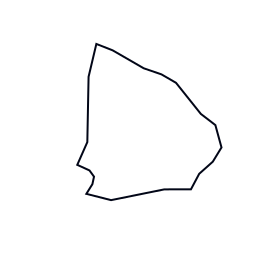 Ascension, Albers equal-area conic projection, rotated 234°
{"feature_id": "SHN-4863", "entity_name": "Ascension", "entity_type": "state/province", "adm_level": 1, "iso_a3": "SHN", "parent_name": "Saint Helena", "parent_adm1": "", "projection": "albers", "projection_center": [-14.366, -7.929], "detail": "fine", "context": "isolated", "style": "outline", "palette": "ink", "viewbox_px": 256, "rotation_deg": 234, "n_neighbors": 0, "source": "natural_earth", "source_scale": "10m", "svg_char_len": 401}
<svg xmlns="http://www.w3.org/2000/svg" viewBox="0 0 256 256"><g transform="rotate(234 128 128)"><path d="M128.0,65.3L140.5,86.8L192.6,126.2L214.6,151.8L199.9,161.2L167.1,175.8L151.7,186.6L136.3,193.4L96.6,195.2L79.0,200.4L57.3,192.2L50.9,176.8L49.1,158.7L41.4,142.9L57.0,121.3L79.6,71.9L99.2,55.6L103.5,66.2L108.6,71.9L116.3,71.9L128.0,65.3Z" fill="none" stroke="#020617" stroke-width="2"/></g></svg>